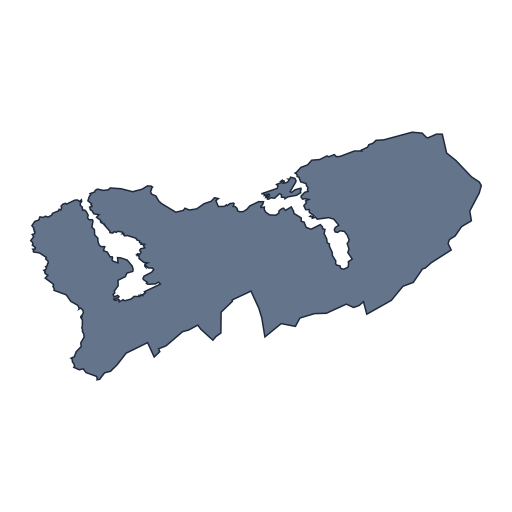 Halsa nor, Møre og Romsdal, Norway (Mercator projection)
{"feature_id": "86288312B43880270832618", "entity_name": "Halsa nor", "entity_type": "district", "adm_level": 2, "iso_a3": "NOR", "parent_name": "Norway", "parent_adm1": "Møre og Romsdal", "projection": "mercator", "projection_center": [8.399, 63.103], "detail": "fine", "context": "isolated", "style": "filled", "palette": "slate", "viewbox_px": 512, "rotation_deg": 0, "n_neighbors": 0, "source": "geoboundaries", "source_scale": "gbopen_adm2", "svg_char_len": 5977}
<svg xmlns="http://www.w3.org/2000/svg" viewBox="0 0 512 512"><path d="M442.3,134.2L436.5,134.1L428.0,137.8L426.5,137.5L422.1,133.1L412.1,132.2L383.6,139.9L376.0,140.3L373.1,143.2L368.8,144.7L367.6,147.2L361.3,150.1L361.9,151.0L354.4,151.0L340.1,156.4L336.4,156.7L334.4,154.6L328.7,156.8L327.0,155.9L319.8,159.5L311.7,160.2L307.6,164.9L300.9,167.4L296.1,172.7L294.5,173.1L296.0,173.4L297.3,175.4L297.1,176.4L299.0,177.3L300.6,181.8L306.0,183.5L306.4,185.5L308.0,187.7L307.4,189.9L308.1,191.5L304.9,192.2L301.2,195.9L301.1,197.3L302.7,199.2L304.8,198.7L308.7,199.5L305.6,200.9L306.4,202.8L303.8,205.7L305.7,209.7L309.3,209.6L309.3,212.4L313.7,215.4L313.0,216.9L310.7,215.9L310.0,216.4L312.1,216.8L312.3,218.3L315.6,217.2L317.2,219.2L328.6,217.6L333.7,219.1L338.8,225.2L335.3,227.5L334.3,229.8L335.1,231.9L337.6,232.4L340.0,230.8L344.4,231.4L347.2,235.1L349.0,239.5L348.7,241.5L347.2,243.5L349.0,248.9L347.8,252.5L352.2,259.1L348.3,261.7L348.6,264.4L348.0,267.2L343.8,269.2L340.8,268.5L340.0,265.9L336.4,265.0L335.6,263.5L335.8,261.0L332.4,255.5L332.3,252.6L329.4,246.3L329.4,243.9L327.2,242.8L326.7,238.9L324.1,233.6L325.0,229.4L322.7,228.8L322.3,226.7L320.3,224.6L311.1,229.2L306.2,227.4L304.0,222.0L301.3,221.4L301.2,217.9L293.8,213.3L293.7,211.5L291.3,206.9L285.4,210.4L283.6,208.2L282.2,208.5L279.1,210.7L278.8,213.1L275.9,215.2L269.6,214.9L265.6,212.1L264.2,209.3L264.4,207.0L260.9,207.6L260.8,206.5L262.7,204.5L263.5,201.7L258.6,201.7L249.8,205.9L246.9,209.3L243.3,211.6L239.8,211.8L237.6,210.8L237.0,208.3L235.0,206.5L233.2,206.4L234.1,203.6L233.4,203.1L229.7,203.7L227.4,205.6L226.4,204.8L224.5,206.4L218.3,206.5L215.9,200.6L218.4,198.6L214.5,197.7L211.2,201.3L204.2,203.6L196.6,208.9L189.2,210.0L185.0,208.2L183.3,210.4L175.8,212.2L161.3,203.4L158.7,200.9L155.9,196.0L151.4,194.0L150.6,191.3L151.5,189.5L151.4,188.4L152.6,187.2L151.2,186.1L147.4,185.9L142.1,189.2L132.6,191.7L120.9,188.7L110.1,188.0L108.4,189.8L103.4,190.4L97.4,189.1L95.2,190.4L94.7,192.0L90.0,193.6L90.7,194.8L89.3,196.5L87.9,200.8L91.6,203.8L91.0,204.7L92.0,206.4L89.6,207.2L90.5,210.0L91.9,210.6L93.8,213.8L99.0,214.7L96.5,217.3L100.5,220.2L100.5,221.3L101.6,221.8L101.0,222.5L104.4,224.2L104.0,224.5L109.9,231.3L109.9,232.6L112.5,233.1L114.5,231.6L116.1,232.4L117.8,231.3L122.1,232.1L123.3,233.2L122.4,233.8L123.9,233.9L123.6,234.8L124.7,235.9L127.3,235.5L136.1,238.3L136.7,239.8L139.6,241.0L139.6,242.5L141.5,243.2L141.0,244.2L144.6,244.3L143.4,245.5L144.8,247.8L140.7,248.8L139.7,250.3L141.0,252.4L139.4,254.6L137.9,255.1L138.6,254.1L137.8,253.7L136.5,254.8L139.1,256.3L139.0,258.5L143.7,262.3L147.7,262.9L145.0,264.2L144.7,266.0L145.7,267.1L145.3,265.3L148.3,267.9L152.4,268.1L153.7,269.5L151.7,272.2L144.0,276.2L143.0,278.4L143.3,279.5L147.2,282.2L146.4,283.2L147.9,284.3L155.4,283.9L158.6,282.2L160.4,284.1L144.4,291.7L145.4,292.9L142.9,294.5L142.9,295.5L141.0,294.6L140.6,295.9L139.0,295.3L139.0,296.5L134.1,296.4L131.1,299.0L124.6,300.8L123.2,299.7L119.2,301.8L119.2,300.0L118.5,299.5L115.5,300.4L114.4,300.0L114.7,298.9L113.1,299.3L118.5,297.7L119.0,296.5L117.5,295.4L114.1,296.9L113.1,294.5L114.8,292.9L114.3,291.1L118.2,285.7L118.0,280.3L125.4,276.6L126.9,273.1L132.8,271.4L133.1,269.4L132.2,266.0L127.1,260.0L120.5,257.8L117.5,257.6L118.0,262.9L113.3,261.3L111.9,259.8L112.6,258.0L112.2,256.8L110.0,256.8L107.4,252.2L103.5,250.6L104.5,247.0L105.4,246.6L100.9,246.6L99.1,244.9L98.0,241.7L97.8,238.1L94.7,234.9L94.4,229.6L91.9,227.1L93.0,220.9L92.3,219.7L88.9,219.7L87.5,217.8L88.2,215.3L86.2,211.5L84.6,210.0L82.8,210.4L82.2,207.0L80.3,205.4L80.4,202.9L81.7,201.6L81.4,199.8L79.6,201.4L77.6,200.0L74.9,200.1L66.3,204.2L65.5,203.3L62.8,204.2L61.1,206.1L61.6,208.0L60.8,210.0L59.1,209.3L58.6,210.8L52.6,213.3L51.6,215.2L48.2,217.1L45.3,216.2L43.5,217.4L39.9,216.9L38.8,220.0L34.8,221.4L31.9,225.7L33.7,227.8L33.5,228.9L34.5,230.2L34.1,231.0L34.8,231.5L34.8,233.6L32.2,234.5L33.7,236.8L30.7,240.6L32.6,242.5L32.9,244.3L32.3,245.1L35.5,247.8L35.1,248.9L32.8,249.2L33.7,250.2L33.2,251.1L33.6,252.0L39.5,252.9L46.3,257.4L45.7,258.9L48.0,261.1L48.2,263.2L47.4,264.0L47.3,265.7L45.6,266.7L46.5,267.7L45.8,269.6L43.8,270.3L45.3,271.9L44.8,272.8L45.4,273.7L47.9,275.3L45.2,278.1L53.4,284.2L53.5,285.5L52.9,286.2L54.4,289.1L54.0,290.3L66.3,294.9L70.8,301.4L77.5,305.1L79.3,308.2L78.9,309.1L80.5,308.1L82.7,309.9L83.4,312.8L81.4,316.1L82.0,316.2L81.8,317.1L81.0,317.1L81.1,315.8L80.7,317.3L82.4,320.0L82.3,326.1L81.8,327.8L82.5,329.4L82.4,331.4L83.8,334.1L84.1,337.1L80.8,342.8L81.2,346.5L76.2,351.7L74.3,356.8L71.0,358.2L72.0,358.8L72.5,361.9L74.2,364.4L74.5,366.5L73.8,367.3L79.3,369.8L83.2,368.8L86.1,372.6L96.5,376.4L97.2,378.0L97.0,379.8L99.6,379.3L104.6,372.8L110.5,371.3L117.1,364.8L126.1,353.2L147.6,342.6L154.2,357.0L159.8,351.6L158.5,348.8L166.1,345.8L182.7,331.6L188.5,330.1L197.8,325.1L200.7,329.1L212.9,340.2L216.0,336.5L220.9,333.0L221.1,312.2L232.4,301.3L232.2,299.9L251.0,291.1L258.8,308.2L261.8,318.0L264.9,336.9L281.2,323.6L295.4,326.4L299.9,318.0L314.6,313.6L326.3,313.3L346.3,304.1L353.6,307.5L359.1,305.5L363.5,301.7L366.8,314.2L391.3,300.4L402.9,286.3L413.3,282.4L422.5,268.9L425.2,268.1L431.3,262.7L451.2,250.0L448.1,243.7L449.4,239.6L455.1,236.0L461.6,226.6L471.4,220.8L469.8,211.0L479.2,193.1L481.3,185.6L479.3,182.0L471.4,176.8L455.9,160.5L446.6,153.0L442.3,134.2ZM294.8,178.3L290.5,177.2L289.6,179.3L288.3,179.2L289.0,179.8L288.0,181.8L285.8,182.8L283.2,183.2L284.2,181.5L284.0,180.9L283.1,180.9L282.4,180.1L282.2,180.2L280.8,181.3L282.0,181.5L281.5,182.5L276.5,184.5L278.0,185.9L277.2,188.4L261.3,193.8L264.0,193.7L264.0,194.6L265.2,195.0L264.7,195.6L266.5,195.5L265.8,197.4L267.3,196.9L266.9,195.8L267.6,195.6L267.0,194.4L269.2,194.2L269.5,195.7L267.4,197.8L267.3,199.0L268.6,199.2L270.7,197.8L274.6,198.2L279.5,193.7L281.4,194.6L281.4,197.1L284.6,197.5L284.9,198.8L287.8,196.9L296.5,195.3L300.7,192.7L300.5,190.7L301.2,189.0L300.8,188.2L295.2,189.7L291.6,192.4L290.1,191.7L295.8,181.9L296.0,180.6L294.8,178.3Z" fill="#64748b" stroke="#1e293b" stroke-width="1.5"/></svg>